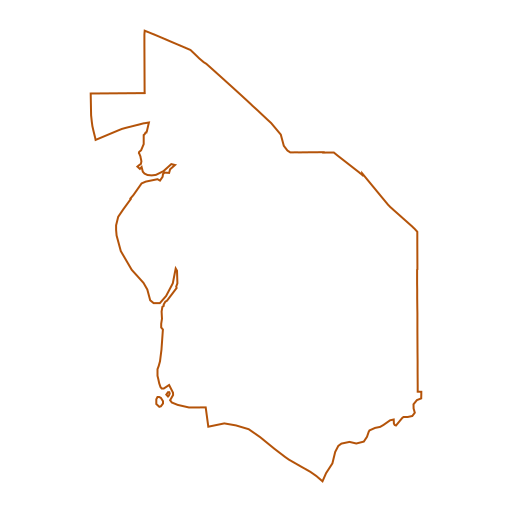 Palmerston, Northern Territory, Australia
{"feature_id": "25037944B38638552543628", "entity_name": "Palmerston", "entity_type": "district", "adm_level": 2, "iso_a3": "AUS", "parent_name": "Australia", "parent_adm1": "Northern Territory", "projection": "robinson", "projection_center": [130.965, -12.493], "detail": "fine", "context": "isolated", "style": "outline", "palette": "amber", "viewbox_px": 512, "rotation_deg": 0, "n_neighbors": 0, "source": "geoboundaries", "source_scale": "gbopen_adm2", "svg_char_len": 3305}
<svg xmlns="http://www.w3.org/2000/svg" viewBox="0 0 512 512"><path d="M144.7,30.7L144.4,34.4L144.4,43.9L144.6,90.9L144.7,93.1L90.7,93.5L91.1,115.3L91.8,121.8L92.4,126.2L93.4,130.6L94.8,136.3L95.2,137.9L95.6,139.9L96.8,139.4L118.5,130.3L122.0,128.9L125.6,127.9L137.1,125.0L143.7,123.3L144.8,123.2L148.9,122.5L147.0,130.7L147.0,131.0L146.8,131.2L146.6,131.6L146.5,132.0L146.4,132.5L146.1,132.5L145.6,132.6L145.4,132.9L145.1,133.3L144.6,134.3L143.7,135.0L143.7,144.1L141.1,150.3L139.2,151.9L139.2,152.0L139.0,152.5L138.9,153.1L139.2,153.6L139.6,154.3L139.9,155.2L140.4,156.3L140.7,158.0L141.1,159.7L141.4,161.4L140.9,163.9L140.2,164.4L138.8,165.4L137.4,166.6L139.9,168.9L141.6,167.0L142.8,171.7L144.5,173.6L147.5,175.0L151.7,175.4L155.9,174.9L163.4,171.2L171.3,164.1L175.0,165.0L170.1,169.3L169.1,172.9L164.6,172.6L163.0,174.0L162.6,176.8L160.0,180.6L157.5,179.2L145.8,181.6L141.6,183.4L133.3,195.2L130.4,198.5L130.8,199.0L123.3,209.3L118.2,216.8L116.1,225.3L116.1,230.0L116.6,235.6L116.7,235.9L120.8,251.1L131.7,269.8L143.5,282.9L147.3,289.5L150.2,300.3L153.6,303.1L159.9,303.1L166.1,296.0L172.8,283.3L175.7,268.5L177.0,270.7L177.4,283.3L176.2,286.6L176.6,288.0L167.0,300.7L165.3,301.7L163.7,304.5L163.7,305.9L162.4,306.8L161.6,311.5L161.9,317.4L162.0,318.6L161.2,323.7L161.2,327.5L162.9,329.5L161.5,349.2L161.5,349.4L160.0,361.3L158.7,366.0L157.5,369.2L157.5,375.8L158.3,379.1L159.2,383.3L160.5,387.1L161.7,388.5L163.8,388.5L169.1,385.0L173.0,392.7L173.1,395.0L170.1,400.2L171.8,402.5L177.7,404.9L189.1,407.5L205.7,407.4L208.3,426.7L224.3,423.4L235.9,425.4L248.7,429.2L260.2,437.2L274.3,448.7L285.0,456.9L289.0,459.7L300.9,466.5L310.3,471.8L316.3,476.0L322.5,481.3L326.1,473.1L332.4,463.4L335.2,451.9L338.3,445.9L341.4,443.6L349.5,441.9L356.3,443.5L363.8,441.6L367.0,436.8L368.7,431.8L369.5,430.4L375.1,427.9L380.1,426.9L383.4,425.0L390.1,420.3L393.7,419.5L393.9,423.6L394.7,425.0L396.0,425.5L402.3,417.9L403.5,417.0L407.7,417.0L408.6,416.8L412.3,416.0L414.8,412.7L413.6,408.5L413.5,404.3L416.9,400.1L420.7,398.6L421.2,398.4L421.3,393.9L421.3,391.8L417.7,391.7L417.7,385.9L417.6,371.4L417.6,361.5L417.5,351.0L417.5,350.0L417.4,330.5L417.4,313.2L417.3,307.6L417.2,297.8L417.2,297.0L417.2,289.6L417.1,283.7L417.1,278.6L417.1,269.2L417.4,269.9L417.4,266.4L417.4,265.8L417.3,242.6L417.3,231.8L416.6,231.0L414.5,228.7L414.3,228.5L413.7,228.0L413.0,227.3L412.0,226.3L411.3,225.7L408.8,223.5L393.7,210.1L392.3,208.8L391.6,208.2L390.7,207.4L390.0,206.8L389.5,206.2L388.8,205.5L388.1,204.8L387.5,204.1L386.9,203.3L386.2,202.5L380.4,195.5L362.2,173.4L362.2,174.9L360.8,173.7L359.8,173.0L359.3,172.5L343.5,160.2L337.6,155.6L333.8,152.5L328.6,152.5L323.9,152.6L323.4,152.6L323.5,152.2L307.8,152.3L298.9,152.4L296.0,152.3L292.8,152.4L291.1,152.4L290.3,152.4L289.6,152.0L289.0,151.5L288.5,151.3L288.1,151.0L287.3,150.4L283.8,145.8L280.8,134.6L271.1,123.0L267.5,119.7L261.0,113.6L257.3,110.1L252.5,105.8L251.0,104.3L239.5,93.7L226.8,82.2L216.7,73.1L206.3,63.8L203.7,62.2L199.1,58.3L198.8,58.0L198.5,57.7L197.0,56.2L190.5,50.0L170.8,41.6L156.3,35.4L144.7,30.7ZM159.2,397.0L157.5,397.0L156.3,399.3L156.3,404.0L159.3,406.8L160.9,406.3L163.0,403.5L163.0,401.2L160.9,397.9L159.2,397.0ZM168.0,396.5L168.9,395.5L169.7,393.6L169.3,392.2L168.0,392.2L166.3,394.6L168.0,396.5Z" fill="none" stroke="#b45309" stroke-width="2"/></svg>